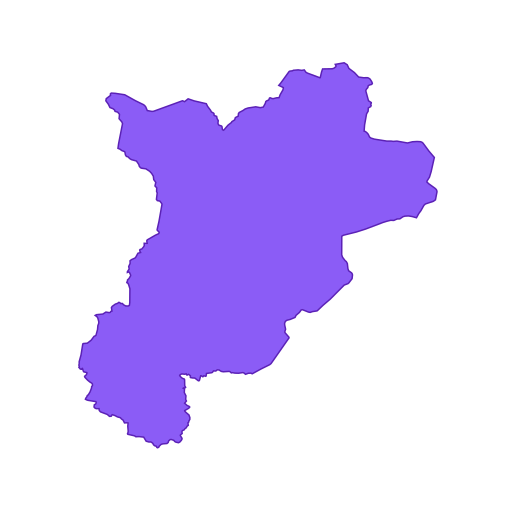 outline of Dong Xuan, Phú Yên, Vietnam, rotated 278°
{"feature_id": "81297802B78420794750623", "entity_name": "Dong Xuan", "entity_type": "district", "adm_level": 2, "iso_a3": "VNM", "parent_name": "Vietnam", "parent_adm1": "Phú Yên", "projection": "natural_earth1", "projection_center": [108.875, 13.413], "detail": "fine", "context": "isolated", "style": "filled", "palette": "violet", "viewbox_px": 512, "rotation_deg": 278, "n_neighbors": 0, "source": "geoboundaries", "source_scale": "gbopen_adm2", "svg_char_len": 6040}
<svg xmlns="http://www.w3.org/2000/svg" viewBox="0 0 512 512"><g transform="rotate(278 256 256)"><path d="M396.2,89.2L394.8,89.6L391.0,85.8L388.8,85.7L385.7,88.7L382.7,90.7L381.9,94.0L380.9,95.6L379.6,96.3L379.2,99.0L377.6,100.8L377.2,101.1L372.9,101.3L370.1,104.5L368.5,105.4L348.2,104.3L343.4,104.3L342.9,106.3L341.7,108.5L341.1,111.2L340.7,111.7L338.0,112.6L336.6,113.8L336.4,115.4L334.9,117.4L334.1,119.2L333.4,124.4L330.3,127.2L328.5,128.0L327.3,129.4L327.0,130.6L327.0,134.8L325.1,138.9L323.3,141.1L320.8,143.2L317.4,144.1L315.0,146.5L311.3,146.2L309.7,148.2L305.9,148.6L304.8,149.4L298.2,149.5L297.1,150.6L297.0,153.1L294.9,155.3L294.0,155.7L276.8,155.1L268.3,154.4L267.6,154.7L266.5,156.4L265.6,156.9L264.5,156.4L262.7,153.6L256.9,146.1L255.8,145.7L253.4,146.5L253.0,143.5L250.7,143.9L249.4,143.4L247.0,141.9L246.4,140.4L245.8,140.0L244.7,140.3L243.4,141.2L242.3,138.7L238.1,137.1L237.1,136.4L235.1,133.2L233.7,131.9L231.2,132.4L227.9,131.4L225.5,132.2L222.5,130.8L221.8,130.9L222.4,131.9L222.2,132.9L219.7,134.5L219.0,134.6L215.9,133.3L214.4,132.1L213.4,132.2L211.9,131.7L211.5,132.0L211.2,133.0L209.8,133.9L206.0,135.7L192.2,137.5L189.5,137.5L188.7,136.4L188.4,133.9L189.3,131.6L190.4,130.3L190.1,128.5L190.9,127.6L191.0,126.6L189.8,125.4L188.8,123.4L186.1,120.6L184.8,120.0L181.4,121.0L181.0,120.0L179.9,119.5L179.5,118.5L179.6,115.2L177.2,112.4L175.7,106.2L174.8,105.0L173.7,107.0L172.5,108.0L168.9,109.5L167.4,109.6L165.1,109.1L161.1,109.3L155.5,108.6L154.9,108.4L153.9,106.8L149.7,104.5L146.2,101.1L145.3,97.2L144.8,96.7L133.7,96.5L126.7,95.6L124.8,95.9L123.3,95.8L121.9,96.4L121.1,96.1L119.7,97.6L119.5,98.4L119.6,99.1L120.3,99.3L120.5,99.8L118.0,101.0L117.3,101.6L117.0,104.7L116.5,104.9L114.9,104.6L113.0,103.0L112.1,103.4L109.7,106.4L108.1,109.0L107.2,111.1L106.5,111.8L105.0,112.1L103.7,111.4L102.4,111.5L98.4,110.6L95.3,109.3L94.3,108.3L93.3,108.2L91.4,107.2L90.4,107.0L89.9,108.5L89.7,109.7L89.5,117.7L88.9,118.1L88.0,118.1L87.1,117.8L86.2,116.6L83.9,116.6L82.8,118.0L82.6,119.3L83.0,121.8L81.2,122.3L80.0,123.7L78.4,130.8L76.8,133.2L77.1,134.8L77.4,135.1L78.8,135.6L78.9,135.8L78.3,138.7L77.4,141.1L77.0,144.2L75.9,145.4L75.0,147.2L72.4,149.0L72.9,151.5L72.8,152.6L69.7,152.7L64.8,153.8L63.4,153.8L62.1,153.5L61.6,153.9L61.0,160.8L60.3,162.1L60.9,165.4L61.0,170.0L57.3,173.0L56.9,175.9L57.2,177.6L57.0,178.4L56.1,179.9L54.8,180.8L54.0,182.0L53.7,183.8L52.6,184.5L52.4,185.3L53.1,186.3L54.3,186.7L56.3,188.3L57.0,189.9L57.9,193.9L59.1,195.0L60.7,195.2L62.3,196.6L62.5,197.7L62.0,200.3L61.0,201.3L60.5,202.6L60.3,205.2L61.1,206.4L63.0,207.7L64.4,208.2L65.2,208.1L67.7,206.0L68.4,206.1L69.9,207.6L71.6,207.1L72.3,207.2L72.9,207.5L73.8,209.0L75.3,209.8L76.0,210.7L78.1,211.6L78.9,212.5L81.3,211.8L82.2,212.5L83.3,212.5L84.9,213.2L86.8,213.0L89.3,211.7L91.3,208.5L92.4,207.1L93.0,206.9L95.9,210.6L97.2,211.4L97.7,210.9L98.5,208.4L100.3,205.8L102.7,207.3L104.2,206.3L107.8,206.1L110.8,204.0L114.5,203.7L114.9,202.3L115.3,202.5L115.5,204.0L116.2,204.6L117.5,203.5L123.6,202.5L124.2,202.1L124.6,200.3L125.4,198.8L126.9,197.1L127.3,197.0L128.6,198.3L128.9,199.2L129.0,201.9L129.6,203.2L128.6,203.9L128.5,204.4L129.3,205.3L129.4,205.8L128.3,207.7L126.8,207.8L126.5,208.1L126.4,210.2L126.6,212.4L124.5,216.1L124.4,216.8L125.0,217.3L129.7,217.9L129.8,218.4L129.0,220.2L130.1,221.0L129.9,223.0L130.3,223.3L132.8,223.3L134.3,228.5L134.8,229.1L136.3,229.9L136.5,232.2L137.9,233.5L138.0,235.3L136.9,237.6L136.8,239.7L138.0,245.5L137.7,246.6L136.8,247.8L137.2,248.9L137.1,251.4L137.5,255.1L138.7,259.1L138.6,260.1L137.4,262.1L138.8,264.7L139.3,267.3L138.8,268.6L144.9,276.8L150.3,284.7L151.6,285.9L179.5,300.1L180.2,299.9L184.2,295.3L185.4,295.1L187.6,295.5L191.7,294.0L193.5,293.7L195.4,294.2L196.7,295.6L197.9,298.6L200.6,303.2L202.8,303.9L206.1,306.8L208.9,308.3L209.3,309.5L207.8,315.6L207.7,317.5L208.8,319.7L210.1,324.0L210.4,324.4L216.6,329.3L223.6,335.5L239.5,347.4L241.4,350.9L242.3,351.7L246.9,354.3L250.7,354.2L252.0,353.6L252.6,353.0L254.3,349.8L256.2,348.8L261.3,347.5L263.0,346.2L263.9,344.8L266.8,341.9L269.1,340.7L287.5,338.2L288.7,339.6L293.7,352.0L297.9,360.7L306.8,376.9L308.6,380.7L310.1,384.4L310.4,387.5L312.3,390.6L312.8,393.3L315.3,396.0L316.2,397.9L316.9,401.5L316.8,405.2L316.2,409.6L320.7,411.3L323.8,413.0L329.5,415.2L331.1,416.5L334.9,424.1L336.6,425.9L344.8,426.3L346.2,425.8L347.0,425.2L348.0,423.8L351.6,417.0L353.1,414.9L354.2,415.0L358.2,416.8L363.9,417.7L378.4,418.9L383.8,412.8L391.1,405.6L391.8,404.4L392.1,403.0L391.8,399.5L390.9,395.0L389.0,390.3L389.4,379.6L388.6,375.9L388.6,373.8L388.0,369.7L388.2,357.0L388.8,353.4L389.6,351.9L392.2,350.2L393.5,348.7L394.5,347.0L394.7,345.7L401.0,345.3L412.1,345.7L415.0,346.9L418.2,346.6L419.9,348.8L421.1,349.1L422.5,348.4L423.4,348.9L424.0,348.8L425.4,345.8L434.9,341.7L436.5,342.1L438.3,343.3L440.1,343.4L441.1,344.5L441.9,346.4L442.6,347.1L443.2,347.2L444.8,346.3L447.1,344.3L447.9,342.7L448.1,341.6L447.5,337.7L447.5,332.7L451.3,328.0L454.7,321.9L458.1,319.7L459.6,316.4L456.8,307.8L455.4,308.8L454.5,308.7L452.7,306.9L452.0,305.3L450.5,295.9L447.4,295.3L441.6,294.8L441.4,294.5L444.2,281.8L444.8,280.0L447.0,277.9L446.2,275.5L446.2,271.9L445.1,267.1L444.5,266.4L443.8,263.8L443.3,263.1L431.0,256.6L428.1,254.8L426.6,259.6L425.8,259.7L424.1,259.5L419.2,257.5L416.0,256.8L415.5,254.3L414.2,251.1L414.2,249.7L414.6,248.5L414.6,247.9L414.3,247.4L412.3,246.9L411.0,244.8L410.3,244.2L408.6,244.0L404.5,242.5L403.5,239.6L403.7,235.0L401.5,227.6L400.1,224.8L398.3,222.9L395.8,219.4L394.6,218.8L392.0,218.9L390.2,216.3L387.8,215.9L385.7,213.4L384.8,213.1L381.7,210.1L376.4,206.7L376.0,206.2L376.5,205.2L379.6,204.2L380.0,203.6L380.3,201.6L380.6,200.8L381.6,200.1L382.3,199.8L384.8,199.8L386.7,198.3L388.8,197.6L389.3,195.2L389.7,194.8L390.9,194.7L391.6,194.1L392.5,191.7L393.9,190.8L397.5,187.2L399.9,185.6L401.0,173.2L402.2,166.9L398.9,163.8L399.5,161.7L399.3,161.2L385.1,134.5L384.7,132.9L384.9,128.1L388.4,126.0L389.5,124.8L390.2,123.6L393.0,115.0L397.4,103.6L397.5,93.9L397.2,90.0L396.2,89.2Z" fill="#8b5cf6" stroke="#5b21b6" stroke-width="1.5"/></g></svg>